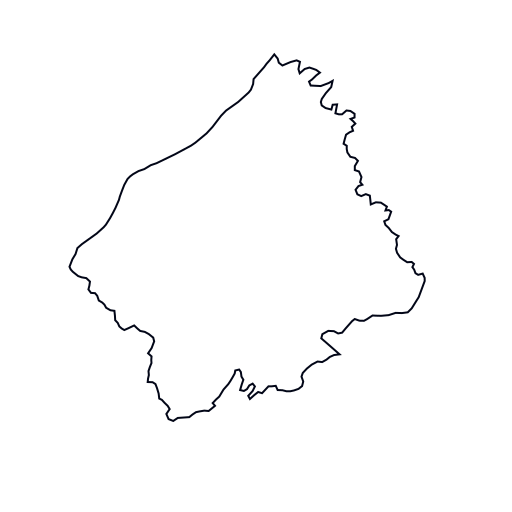 Ribamar Fiquene, Maranhão, Brazil, rotated 48°
{"feature_id": "56859067B76896659935241", "entity_name": "Ribamar Fiquene", "entity_type": "district", "adm_level": 2, "iso_a3": "BRA", "parent_name": "Brazil", "parent_adm1": "Maranhão", "projection": "natural_earth1", "projection_center": [-47.299, -5.958], "detail": "fine", "context": "isolated", "style": "outline", "palette": "ink", "viewbox_px": 512, "rotation_deg": 48, "n_neighbors": 0, "source": "geoboundaries", "source_scale": "gbopen_adm2", "svg_char_len": 3341}
<svg xmlns="http://www.w3.org/2000/svg" viewBox="0 0 512 512"><g transform="rotate(48 256 256)"><path d="M122.9,139.4L126.3,143.1L129.0,148.5L129.6,152.1L129.6,166.2L127.9,180.9L128.4,188.1L131.0,202.0L131.8,210.7L131.2,225.3L130.5,230.5L126.2,248.1L120.5,267.8L118.1,273.4L116.7,280.8L114.3,286.4L112.9,292.7L112.6,296.3L112.8,299.9L115.0,306.3L117.5,311.3L120.7,317.4L122.6,320.3L126.2,328.2L128.2,333.4L130.2,339.1L132.3,346.6L132.7,350.0L132.7,359.4L130.7,377.3L130.6,383.4L133.8,388.8L135.6,394.7L139.2,401.8L142.1,402.7L145.1,402.7L151.9,401.6L155.2,399.8L158.9,396.9L163.9,396.5L166.5,399.6L168.7,402.9L173.0,403.3L175.9,400.5L179.3,400.6L183.9,402.6L187.7,401.4L190.7,401.2L194.2,402.0L198.9,400.5L202.0,397.9L206.0,400.8L209.5,403.6L213.2,403.5L216.9,404.7L220.1,404.3L222.9,403.4L224.3,399.1L226.1,393.0L230.4,392.7L234.2,392.2L238.0,389.4L242.3,387.9L247.9,387.0L251.3,388.8L254.6,395.2L256.1,401.3L260.7,400.8L263.2,403.4L265.6,405.3L267.5,409.2L269.6,412.9L272.8,415.3L274.9,418.3L277.2,420.8L280.6,417.3L283.9,416.4L288.0,418.0L293.1,420.4L297.2,423.3L299.9,422.2L303.9,422.2L308.3,421.9L312.0,422.6L313.4,428.3L318.7,430.1L323.2,427.9L324.0,422.5L331.1,413.4L331.3,409.3L331.9,405.1L333.7,402.0L336.3,397.9L339.5,394.9L339.9,386.7L336.3,386.6L335.9,381.6L335.9,377.4L333.5,369.5L332.7,362.4L331.8,358.8L330.5,354.6L329.1,350.5L327.2,348.0L329.1,344.5L332.1,344.9L335.9,347.5L339.5,348.2L342.0,352.7L345.0,357.5L348.2,355.3L348.9,351.8L347.7,347.6L348.6,343.9L352.2,344.1L354.1,348.9L354.7,355.3L358.2,356.2L358.2,350.3L358.5,345.4L362.0,343.3L361.5,337.5L361.2,333.9L363.3,331.6L365.7,328.2L370.1,329.6L373.4,326.2L377.0,323.8L379.4,321.1L381.3,317.8L383.2,313.3L383.5,308.8L380.9,304.9L376.1,302.9L374.2,299.5L373.7,293.5L374.0,287.3L375.6,280.9L379.1,277.8L380.2,272.9L380.4,268.7L381.8,264.3L385.0,259.7L372.2,261.2L360.9,262.6L358.5,259.0L360.0,252.4L364.0,248.4L368.5,246.8L370.6,243.3L369.8,237.8L368.7,228.2L368.9,224.8L373.3,222.4L376.4,219.1L377.2,215.8L378.2,209.2L380.7,206.7L384.2,203.0L388.7,197.0L391.7,190.3L396.1,185.7L399.4,180.9L399.1,175.3L396.4,166.0L395.5,162.7L387.5,147.4L385.1,145.3L380.6,143.9L378.5,148.1L375.5,149.0L372.0,147.6L368.9,147.2L367.6,143.9L364.6,144.3L361.8,147.8L357.4,149.0L353.5,149.8L348.0,149.0L344.3,147.2L342.1,143.8L337.3,140.6L336.6,136.7L333.5,137.9L329.1,139.0L323.9,138.6L319.5,139.0L316.0,137.5L317.3,133.0L315.6,129.8L313.5,125.9L310.7,126.6L308.8,129.3L306.9,125.7L303.3,126.6L299.9,127.5L296.3,131.0L294.5,136.2L290.8,133.5L287.3,131.0L283.5,133.0L281.9,137.7L278.0,139.4L273.4,137.7L272.6,133.0L274.2,129.3L270.8,129.2L267.9,124.8L262.1,122.9L258.3,125.1L255.3,122.4L253.5,116.6L249.4,116.8L245.4,119.5L240.2,118.8L237.2,117.0L234.8,114.8L231.2,115.8L228.8,112.2L226.1,107.9L226.7,103.6L227.9,100.1L224.1,98.4L224.1,93.6L220.9,93.6L217.4,94.0L219.0,90.1L216.3,87.6L211.4,88.8L208.4,91.4L208.3,97.2L206.2,99.6L203.1,101.5L197.6,94.3L194.9,97.8L197.6,102.0L192.6,105.3L188.1,106.4L185.0,104.8L183.3,102.0L181.7,95.1L180.8,87.1L177.1,81.9L176.1,86.3L173.0,94.2L165.9,101.3L161.9,99.9L162.3,96.5L162.1,90.2L162.5,85.8L158.1,86.7L155.4,88.1L151.7,90.2L149.6,94.7L149.5,101.3L145.5,99.4L141.1,93.4L137.8,94.9L135.0,100.5L132.1,108.9L127.6,109.7L123.8,107.8L118.4,107.5L119.7,114.9L120.2,119.5L121.1,123.7L122.9,139.4Z" fill="none" stroke="#020617" stroke-width="2"/></g></svg>